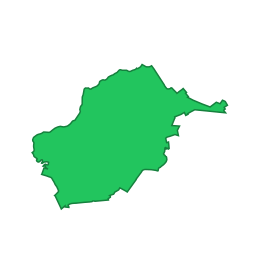 outline of Misca, Arad, Romania, rotated 331°
{"feature_id": "2599482B74682975600135", "entity_name": "Misca", "entity_type": "district", "adm_level": 2, "iso_a3": "ROU", "parent_name": "Romania", "parent_adm1": "Arad", "projection": "natural_earth1", "projection_center": [21.638, 46.618], "detail": "fine", "context": "isolated", "style": "filled", "palette": "green", "viewbox_px": 256, "rotation_deg": 331, "n_neighbors": 0, "source": "geoboundaries", "source_scale": "gbopen_adm2", "svg_char_len": 5600}
<svg xmlns="http://www.w3.org/2000/svg" viewBox="0 0 256 256"><g transform="rotate(331 128 128)"><path d="M34.7,166.6L37.8,168.8L38.0,168.5L38.2,166.4L39.4,166.2L40.5,166.3L42.4,166.8L45.5,168.2L46.0,168.5L53.7,171.8L57.6,173.6L58.2,173.9L59.8,174.5L60.7,174.9L61.0,174.9L61.5,174.8L61.8,174.8L62.0,174.9L62.6,175.2L63.2,175.6L63.5,176.0L76.0,181.5L76.4,180.2L76.9,180.2L77.5,180.1L79.0,180.0L79.5,179.1L79.6,178.8L79.6,178.7L79.3,178.2L80.1,178.3L81.4,178.5L83.2,178.9L83.8,178.7L84.5,178.2L85.3,177.7L89.8,177.6L91.9,176.4L95.4,181.9L95.7,182.4L96.3,183.6L110.1,177.1L110.1,176.8L117.6,173.4L119.4,172.5L119.7,172.1L119.8,172.1L121.2,172.1L121.8,172.2L122.2,172.3L123.3,172.8L128.1,175.7L131.1,178.0L131.3,178.1L132.3,179.1L132.9,179.6L133.3,180.0L133.7,179.9L134.1,179.2L135.3,178.1L135.8,177.9L136.3,177.9L136.6,178.0L137.4,178.0L137.9,177.8L138.4,177.7L139.1,177.6L141.3,177.3L143.0,176.8L145.0,176.0L146.6,174.6L146.9,173.8L147.3,173.0L147.6,171.8L147.1,171.0L147.1,170.6L147.0,169.8L146.5,168.5L146.6,167.8L147.4,167.3L148.9,166.1L150.1,164.1L150.3,163.7L150.6,163.4L151.1,163.2L151.3,163.2L151.5,163.3L151.5,163.5L151.3,163.9L151.0,164.3L150.9,164.8L151.1,164.9L151.3,164.9L151.5,164.4L151.7,164.2L151.9,164.2L152.1,164.4L152.1,164.7L151.9,165.0L152.0,165.1L152.3,165.2L152.6,165.0L152.8,165.0L153.1,165.0L153.3,165.4L153.1,165.6L153.0,165.8L153.1,166.0L153.4,165.9L154.0,165.9L155.5,162.6L156.6,159.9L154.7,159.5L156.0,155.2L157.4,155.0L157.9,154.9L160.3,155.5L165.9,156.5L168.4,159.1L170.0,154.0L174.0,151.3L167.5,147.1L170.4,144.7L173.6,142.1L173.9,142.0L174.2,140.9L180.9,141.8L184.8,141.7L184.6,145.0L187.1,145.1L187.1,144.4L190.6,144.3L195.3,144.4L195.5,144.6L202.5,149.4L215.9,158.7L220.7,162.0L220.6,161.2L220.2,160.1L220.4,158.8L222.2,158.5L222.0,156.8L222.2,156.5L226.0,156.3L225.9,152.0L225.3,151.0L224.1,149.5L220.3,151.4L217.7,148.3L212.9,149.0L210.0,149.4L204.7,143.2L200.6,138.0L198.4,135.2L195.0,130.0L196.0,129.8L195.2,125.5L196.4,125.3L195.4,120.2L193.5,120.6L192.3,120.7L190.5,120.9L188.4,121.3L187.6,121.4L187.5,120.7L187.1,119.2L186.5,117.1L185.7,114.1L184.7,113.7L184.1,114.0L182.6,113.6L181.7,113.1L181.0,112.4L180.5,109.3L180.6,107.5L180.5,106.3L179.4,90.4L179.4,89.6L178.8,85.0L178.4,85.0L177.4,85.0L176.2,84.8L173.8,83.5L172.9,82.3L172.1,80.9L171.7,80.3L171.1,79.3L170.1,79.8L168.6,80.6L165.4,80.8L164.8,80.3L164.5,79.9L164.4,80.0L163.2,80.3L162.3,80.3L160.1,79.8L157.9,79.7L156.9,79.4L156.1,78.8L155.6,78.2L155.3,77.6L154.7,76.8L153.1,75.9L152.4,75.5L151.1,74.8L150.4,74.2L150.0,73.7L149.6,73.4L149.2,73.2L148.7,73.1L148.1,73.2L147.5,73.4L146.9,73.6L146.3,73.8L145.8,74.0L145.4,74.1L144.6,74.1L143.8,74.1L143.2,74.0L142.5,74.1L141.6,74.2L140.8,74.3L140.5,74.3L140.0,74.2L139.2,74.0L138.6,74.0L137.7,73.9L137.0,73.9L136.2,73.9L135.8,73.9L135.3,74.0L134.7,74.3L133.8,74.7L133.5,74.8L133.1,74.9L132.5,75.0L132.0,75.0L131.5,75.0L131.0,74.9L130.5,74.6L130.1,74.2L129.7,73.9L129.4,73.7L129.0,73.6L128.5,73.5L128.1,73.5L127.4,73.5L126.7,73.5L126.0,73.6L125.6,73.8L125.1,74.3L124.9,74.6L124.4,75.1L124.0,75.4L123.4,75.7L122.6,75.9L122.2,76.0L121.8,76.2L121.4,76.2L120.7,76.3L118.2,76.0L117.4,75.9L116.7,75.8L116.0,75.8L115.3,75.9L114.8,76.0L114.2,75.8L113.5,75.3L113.2,75.0L113.1,74.6L113.0,74.3L112.9,73.9L112.4,73.6L111.7,73.4L110.2,72.4L109.9,72.4L109.4,72.5L108.7,72.7L108.4,72.9L105.8,76.1L104.6,77.5L104.3,77.7L103.4,78.4L103.0,78.8L102.4,79.8L99.5,84.9L99.2,85.2L97.2,86.1L96.6,86.5L95.0,88.3L94.9,88.4L94.3,90.4L93.1,91.5L85.5,95.4L85.0,95.5L83.7,95.1L83.1,95.1L82.5,95.2L80.4,96.1L79.7,96.4L76.6,96.9L76.1,96.9L75.7,96.9L74.6,96.6L72.8,96.1L72.3,95.9L71.8,95.5L71.4,95.2L69.9,94.0L69.7,93.8L69.1,93.6L67.7,93.2L66.7,93.0L64.2,92.8L63.7,92.8L63.1,92.9L61.7,93.1L60.4,93.3L59.0,93.6L58.0,93.7L57.4,93.7L57.2,93.7L56.6,93.4L54.3,91.9L52.4,90.7L52.0,90.6L51.3,90.7L50.1,90.8L49.9,90.8L48.5,90.6L46.2,90.0L45.8,90.0L45.0,89.9L44.3,90.0L41.3,90.4L41.0,90.5L40.7,90.6L39.0,92.0L38.8,92.3L38.6,92.9L38.5,93.1L38.5,93.6L38.6,94.5L38.6,94.9L38.4,95.6L37.4,96.9L36.9,97.7L36.3,98.8L35.9,100.1L35.7,100.6L35.6,101.0L35.4,101.4L35.2,101.8L35.0,102.1L34.7,102.3L34.4,102.6L33.9,102.8L32.8,103.0L32.2,103.1L32.5,104.6L32.4,105.9L32.1,106.7L32.1,107.1L32.1,107.3L32.1,107.5L32.3,108.0L32.6,108.6L33.3,110.1L33.6,110.9L33.6,111.1L33.4,111.3L32.8,111.4L32.7,111.5L32.4,111.8L32.3,112.0L32.2,112.6L32.3,113.0L32.5,113.5L32.6,113.8L32.8,114.0L33.1,114.3L33.3,114.4L33.7,114.5L34.4,114.5L34.8,114.5L35.7,114.1L36.1,114.0L36.4,113.9L36.9,113.9L37.2,114.0L37.5,114.2L37.6,114.4L37.5,114.8L37.3,115.3L37.1,115.6L36.5,116.1L35.8,116.5L35.4,116.9L35.7,117.1L36.1,117.2L36.2,117.3L36.9,117.2L37.7,117.1L38.3,117.2L38.7,117.3L39.2,117.6L39.7,117.8L40.3,118.0L40.7,118.2L41.1,118.6L41.5,119.1L41.9,119.5L41.8,119.8L41.1,120.4L40.7,121.1L40.3,121.4L40.0,121.4L39.7,121.2L39.3,121.0L38.8,120.3L38.5,119.9L38.1,119.5L37.8,119.5L37.5,119.5L36.9,119.6L36.0,119.9L35.2,120.2L35.3,120.3L35.6,120.4L36.0,120.6L36.7,120.7L37.2,120.9L37.3,121.1L37.2,121.4L37.0,121.7L36.9,122.3L36.9,122.6L37.0,123.2L37.2,123.5L37.7,124.4L38.1,125.1L37.4,124.4L36.9,123.9L35.3,122.2L35.2,122.2L30.6,126.3L30.0,126.7L31.4,128.2L32.4,129.2L33.2,130.0L34.0,130.9L35.0,132.1L35.8,132.9L36.4,133.7L36.7,134.0L36.8,134.3L36.9,134.5L36.9,134.8L37.0,135.1L37.0,135.4L37.0,135.6L37.0,136.0L37.0,136.8L37.0,137.7L37.1,138.4L37.1,138.8L37.1,139.5L37.0,141.0L36.9,142.2L37.0,142.9L37.1,143.9L37.2,144.7L37.2,145.6L37.1,146.3L37.1,147.1L36.9,148.3L36.8,149.2L36.5,149.6L36.2,149.9L36.1,150.0L33.1,151.0L31.1,151.5L31.4,152.1L30.5,165.6L30.4,166.5L35.2,165.6L34.7,166.6Z" fill="#22c55e" stroke="#15803d" stroke-width="1.5"/></g></svg>